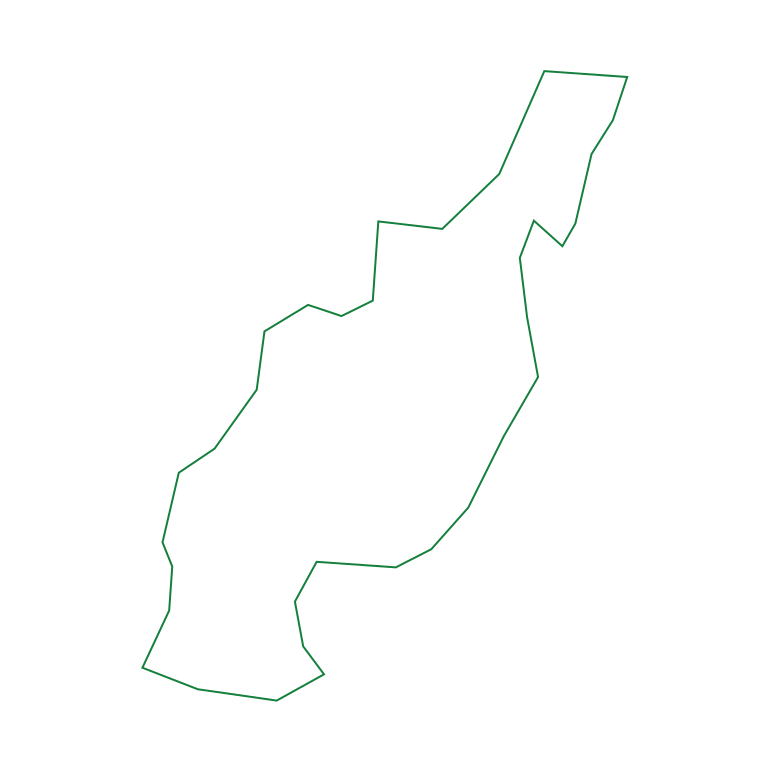 map outline of Cesu (Natural Earth projection), rotated 94°
{"feature_id": "LVA-1080", "entity_name": "Cesu", "entity_type": "Municipality", "adm_level": 1, "iso_a3": "LVA", "parent_name": "Latvia", "parent_adm1": "", "projection": "natural_earth1", "projection_center": [25.407, 57.239], "detail": "fine", "context": "isolated", "style": "outline", "palette": "green", "viewbox_px": 768, "rotation_deg": 94, "n_neighbors": 0, "source": "natural_earth", "source_scale": "10m", "svg_char_len": 582}
<svg xmlns="http://www.w3.org/2000/svg" viewBox="0 0 768 768"><g transform="rotate(94 384 384)"><path d="M60.7,245.9L60.8,162.8L104.9,174.1L140.1,193.0L210.6,204.3L234.1,215.7L210.6,245.9L248.7,257.3L307.5,245.9L366.3,230.8L428.0,261.0L501.4,291.3L545.5,325.3L566.1,359.4L566.1,438.8L607.3,457.7L651.4,446.3L677.8,423.6L707.3,469.0L701.5,548.5L683.9,605.2L625.0,582.5L580.9,582.5L557.4,593.9L486.8,582.5L460.3,548.5L398.6,510.6L339.8,506.9L310.4,465.3L319.2,431.2L301.6,401.0L222.2,401.0L225.2,336.7L166.5,283.7L60.7,245.9Z" fill="none" stroke="#15803d" stroke-width="2"/></g></svg>